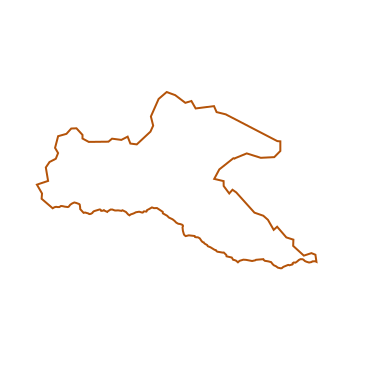 the district of Swain, North Carolina, United States of America, rotated 214°
{"feature_id": "52423323B8638287595623", "entity_name": "Swain", "entity_type": "district", "adm_level": 2, "iso_a3": "USA", "parent_name": "United States of America", "parent_adm1": "North Carolina", "projection": "orthographic", "projection_center": [-83.557, 35.488], "detail": "fine", "context": "isolated", "style": "outline", "palette": "amber", "viewbox_px": 384, "rotation_deg": 214, "n_neighbors": 0, "source": "geoboundaries", "source_scale": "gbopen_adm2", "svg_char_len": 2695}
<svg xmlns="http://www.w3.org/2000/svg" viewBox="0 0 384 384"><g transform="rotate(214 192 192)"><path d="M298.4,100.6L297.5,102.5L296.4,103.7L294.9,104.4L293.6,105.3L292.8,107.1L291.4,107.9L289.3,108.7L286.5,110.1L286.0,110.9L285.8,113.4L284.9,115.6L283.7,117.5L281.8,118.2L278.9,118.9L278.1,118.8L276.3,116.9L275.1,115.3L270.2,114.1L269.2,115.2L265.8,116.3L265.1,116.2L264.3,116.6L263.5,117.6L262.9,118.9L262.9,119.9L262.7,120.9L261.9,122.1L258.8,125.9L258.4,126.1L257.6,126.1L257.0,125.6L256.4,125.8L255.3,126.8L254.9,127.7L254.1,127.6L251.1,128.1L251.1,128.7L249.7,131.9L248.3,132.9L245.8,133.5L244.9,134.0L242.9,135.5L239.8,137.0L239.6,137.8L239.4,138.0L235.6,138.5L232.4,137.7L230.8,137.7L230.3,139.1L228.4,141.6L227.2,143.8L224.8,146.1L221.7,147.1L221.2,147.7L221.2,148.8L220.2,149.6L218.9,150.2L218.8,150.5L219.1,152.0L218.4,153.1L216.6,156.8L214.4,157.4L212.1,159.1L205.2,159.2L204.2,158.0L199.3,158.4L196.9,157.9L192.9,158.5L190.3,158.3L187.9,157.8L185.6,158.0L184.2,158.7L182.2,159.3L180.9,159.2L180.4,158.7L180.1,157.4L177.9,154.8L175.2,152.5L174.1,152.0L172.6,151.9L170.4,154.3L165.2,157.0L164.3,156.4L163.0,156.9L162.6,157.3L161.4,157.8L159.6,157.9L156.9,156.8L155.2,156.4L154.1,156.8L153.4,156.4L152.2,156.3L149.8,156.5L148.6,155.9L145.8,156.5L140.9,156.7L139.9,157.1L139.4,157.1L138.8,156.7L137.6,156.7L132.7,158.9L131.8,159.6L128.4,159.0L127.4,158.0L122.4,159.9L119.9,158.8L118.9,159.3L117.1,159.7L114.6,159.4L114.1,161.5L111.6,164.6L109.2,166.0L103.6,168.4L101.4,170.7L101.0,171.6L95.3,176.2L94.7,175.8L93.1,175.7L90.1,177.1L87.2,178.1L85.2,177.4L83.3,177.0L80.8,177.4L78.5,177.3L75.9,178.3L75.0,179.0L74.4,181.0L71.6,185.2L71.2,185.5L70.3,185.7L68.3,188.0L68.2,188.6L68.7,189.1L68.6,189.6L68.2,190.5L66.7,191.3L65.9,193.4L65.4,195.4L64.5,197.0L62.7,198.1L61.7,198.2L59.8,197.9L58.1,198.2L55.5,199.0L53.7,200.8L53.4,201.8L51.1,203.5L49.8,203.7L54.6,209.0L58.8,208.1L63.7,201.8L78.0,203.9L81.3,209.2L88.4,207.1L102.0,210.8L103.1,206.3L113.5,211.4L119.6,212.2L128.7,209.8L155.1,216.4L159.7,216.5L160.3,211.6L169.1,214.7L171.9,218.7L180.9,215.3L182.0,226.0L176.6,243.1L176.3,243.3L175.4,243.5L175.4,243.8L175.2,244.1L168.2,254.6L154.1,258.8L143.3,266.9L141.7,275.4L147.1,283.4L149.7,281.9L206.8,275.3L207.3,275.3L216.3,272.0L221.8,275.5L235.7,263.3L243.4,267.1L247.4,262.2L260.1,262.9L268.9,260.7L271.7,250.5L268.3,231.6L261.3,225.3L260.2,218.8L264.4,200.6L270.2,197.7L276.3,201.9L279.7,195.7L288.1,191.5L289.4,187.0L305.6,175.8L312.7,175.1L314.7,178.1L323.4,180.2L327.6,177.1L328.6,170.0L334.2,163.4L330.2,152.0L324.8,149.4L323.5,143.4L326.9,137.2L326.9,130.6L317.5,120.7L324.7,111.4L315.5,106.9L312.9,102.3L298.4,100.6Z" fill="none" stroke="#b45309" stroke-width="2"/></g></svg>